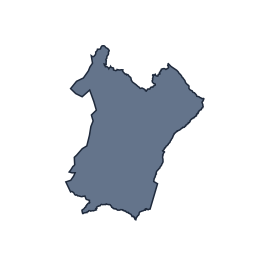 outline of Nogoonnuur, Bayan-Ölgiy, Mongolia, rotated 62°
{"feature_id": "93677404B33313948817102", "entity_name": "Nogoonnuur", "entity_type": "district", "adm_level": 2, "iso_a3": "MNG", "parent_name": "Mongolia", "parent_adm1": "Bayan-Ölgiy", "projection": "orthographic", "projection_center": [90.114, 49.534], "detail": "fine", "context": "isolated", "style": "filled", "palette": "slate", "viewbox_px": 256, "rotation_deg": 62, "n_neighbors": 0, "source": "geoboundaries", "source_scale": "gbopen_adm2", "svg_char_len": 5794}
<svg xmlns="http://www.w3.org/2000/svg" viewBox="0 0 256 256"><g transform="rotate(62 128 128)"><path d="M212.7,164.2L211.6,163.2L211.0,162.8L210.8,161.9L210.1,160.8L209.9,159.7L209.6,159.0L208.2,157.9L207.8,157.4L207.7,156.9L207.9,154.8L208.2,153.5L208.2,152.4L208.5,151.5L208.8,151.1L208.6,150.6L207.7,150.9L207.6,150.5L207.9,149.6L208.3,149.5L208.7,149.1L209.6,148.7L209.5,148.4L209.7,147.2L210.0,146.6L191.1,128.1L187.3,130.4L184.8,128.5L184.3,127.4L183.7,127.0L183.3,126.4L182.3,125.6L181.9,124.5L181.2,124.6L180.7,124.0L180.0,123.4L179.5,122.6L179.2,121.5L178.9,121.0L178.9,120.5L178.3,119.5L178.3,118.7L177.6,118.1L176.6,115.9L175.5,114.7L175.3,114.2L174.4,113.0L171.8,111.7L170.6,111.5L169.3,110.7L168.7,110.0L168.1,110.1L167.6,109.1L167.0,108.6L166.3,107.0L166.1,107.0L165.2,107.9L164.4,108.1L164.0,106.3L163.5,105.9L163.0,105.3L162.9,105.1L163.1,105.0L163.1,104.7L162.4,103.3L162.0,103.0L161.9,101.7L161.6,101.1L161.5,100.3L160.9,99.8L160.4,97.8L159.2,96.5L158.8,95.4L158.3,94.9L157.5,93.3L156.8,92.6L156.4,92.0L155.8,91.5L155.3,90.3L154.8,90.1L154.5,89.6L154.6,88.9L154.0,86.9L154.1,86.2L153.6,85.8L153.8,85.4L153.8,85.1L154.0,84.6L153.9,84.1L154.0,83.6L153.9,82.1L153.5,81.3L153.5,79.8L153.1,79.4L153.2,79.1L153.6,78.6L153.8,77.9L153.5,77.2L153.2,76.8L153.4,76.3L152.6,75.4L152.8,74.8L152.4,74.1L152.4,72.9L151.6,72.2L152.0,71.7L151.9,71.0L151.6,70.7L151.3,70.0L150.6,69.7L150.6,69.3L150.1,68.5L150.1,68.0L149.8,66.8L150.0,66.4L149.8,66.1L149.7,65.7L149.7,65.4L150.0,65.1L149.8,64.6L149.4,64.1L149.5,63.1L149.2,62.5L149.4,62.0L149.0,61.8L148.7,61.2L148.1,61.1L148.1,60.6L147.8,60.2L148.1,59.8L148.1,59.6L147.8,59.0L147.0,58.8L147.0,58.0L146.1,56.9L146.2,56.4L145.9,55.1L146.2,54.8L146.2,54.6L145.6,54.2L145.0,53.3L145.0,52.9L145.2,52.6L144.4,51.6L143.5,51.6L143.1,51.1L142.6,51.0L140.1,50.6L139.7,50.1L139.3,48.9L138.9,48.7L138.5,47.9L137.6,47.3L137.2,47.7L136.9,48.9L136.2,49.1L135.9,49.4L135.3,49.7L134.8,50.3L134.0,50.5L133.3,51.1L132.3,52.4L131.2,52.1L129.1,52.5L128.9,52.7L128.1,52.8L126.9,53.9L125.3,53.9L123.8,55.1L122.6,55.5L121.6,55.6L119.7,54.5L119.1,54.5L117.8,55.0L117.6,55.2L115.0,55.9L112.7,55.5L110.7,55.9L110.0,55.8L108.8,56.4L107.6,56.3L105.2,56.6L104.0,57.2L102.0,57.3L99.9,57.9L93.9,61.1L89.5,62.4L90.0,62.4L90.6,62.7L91.6,63.7L92.5,63.4L93.7,63.8L94.0,65.0L93.9,65.7L94.1,65.9L94.1,67.1L93.7,67.4L93.1,67.5L92.4,68.3L92.1,69.3L92.2,69.6L91.9,69.9L91.8,71.1L92.7,71.6L92.8,72.4L93.3,72.6L93.7,74.1L94.7,74.2L95.3,74.5L95.3,74.8L94.8,75.5L94.9,76.0L95.2,76.5L96.1,77.1L96.1,77.4L95.4,78.5L95.1,78.7L94.4,78.8L93.3,78.7L93.3,79.0L93.7,80.0L93.6,80.5L92.7,80.8L92.7,81.2L93.2,81.6L94.4,81.6L96.0,83.2L96.4,83.2L97.4,83.9L97.5,84.4L98.7,84.9L101.0,84.4L101.5,83.5L102.4,83.5L103.0,84.0L102.9,85.9L103.6,86.8L103.5,87.1L103.0,87.5L103.1,88.1L102.8,88.6L102.8,89.0L103.4,89.9L103.7,90.1L103.8,90.6L102.9,92.0L102.9,92.5L103.0,92.8L103.3,92.9L103.6,93.9L104.0,94.5L103.3,95.1L102.5,94.9L101.1,95.5L99.2,96.9L99.2,97.4L99.0,98.2L98.7,98.7L97.2,99.0L96.0,99.7L93.4,100.6L89.7,102.4L88.7,102.6L87.9,102.5L87.2,102.7L86.8,102.4L84.9,101.9L84.1,102.1L83.3,102.6L80.9,103.0L80.2,103.9L80.4,104.3L79.6,104.6L79.3,104.5L79.0,105.2L78.5,105.4L75.3,106.1L74.3,105.2L73.6,106.2L72.7,108.5L71.2,110.2L71.7,110.6L71.8,111.0L71.4,112.2L70.8,112.6L70.1,113.5L69.8,113.6L69.1,113.0L68.2,112.7L66.7,114.3L65.4,114.4L65.7,114.7L66.0,115.3L66.1,116.0L66.7,117.1L65.8,117.0L65.4,117.3L64.4,117.5L63.5,118.5L63.3,119.2L62.1,118.9L61.6,119.3L60.3,119.0L61.7,117.5L59.9,116.6L58.3,115.5L57.5,115.6L56.7,114.6L56.6,114.1L54.9,113.0L54.6,112.6L54.4,112.0L53.9,110.9L52.7,110.0L51.7,109.7L51.5,109.0L50.9,108.3L50.3,108.2L49.9,108.4L49.2,108.3L48.8,108.7L48.2,108.7L46.7,109.8L45.0,110.1L44.1,110.6L43.4,112.0L43.3,112.6L43.5,113.0L43.9,113.8L45.2,115.1L45.2,115.8L44.7,116.6L44.7,117.2L44.1,118.0L45.2,119.0L45.8,120.9L46.8,121.3L47.9,122.3L48.1,122.6L48.2,123.3L48.8,124.5L48.6,125.3L48.3,125.8L46.9,126.5L54.1,128.9L56.3,133.0L59.0,136.2L62.9,143.9L62.6,151.5L66.3,160.2L73.1,158.0L78.9,153.8L76.5,144.0L88.9,145.8L97.4,147.6L99.3,154.2L105.4,155.5L109.3,160.1L116.4,165.5L124.5,172.8L124.8,178.1L127.9,186.2L128.7,189.2L135.4,192.3L136.0,193.7L136.1,194.7L138.1,198.1L139.2,200.6L141.3,198.5L142.7,195.7L144.9,198.5L147.3,203.1L146.4,208.2L157.5,208.7L157.5,207.8L157.9,207.2L159.7,206.3L161.7,206.3L162.6,205.9L162.8,205.4L162.8,205.0L163.0,204.7L164.3,204.3L164.8,203.4L166.7,201.5L166.9,201.1L167.1,200.8L167.1,199.8L167.4,199.5L167.9,198.0L170.7,198.4L171.5,198.3L173.8,196.0L174.5,196.6L175.7,196.7L176.0,197.0L176.1,197.6L175.7,198.0L176.0,199.3L176.3,199.8L176.4,200.4L176.9,200.9L177.1,201.8L178.0,202.5L177.9,203.4L178.6,204.6L178.9,207.2L179.8,207.6L181.2,207.9L181.5,208.1L182.3,208.1L182.5,207.5L182.3,206.5L182.9,205.2L182.9,204.6L183.4,204.0L182.9,203.4L183.1,202.5L183.1,202.2L182.6,201.4L183.1,200.4L183.8,200.1L184.3,198.2L185.0,197.2L184.9,196.8L185.2,195.8L185.1,195.3L185.4,194.8L185.4,194.4L184.9,194.5L184.6,194.2L184.1,194.2L184.3,193.2L183.2,192.9L183.0,191.4L183.2,190.9L183.1,190.2L183.6,189.4L182.9,187.8L182.9,187.4L183.6,186.7L184.5,184.7L185.0,184.0L185.1,183.8L184.8,183.2L184.9,182.7L185.5,182.5L185.8,181.9L186.5,181.2L186.8,180.4L187.5,179.7L188.2,179.8L189.1,179.4L190.3,179.6L190.9,179.1L192.0,178.8L192.2,178.4L192.8,178.3L193.3,177.4L193.7,177.0L193.6,176.8L193.7,176.6L195.5,175.9L195.7,175.6L196.5,174.2L196.6,173.5L196.8,173.0L196.7,172.5L197.2,172.1L197.5,171.3L197.9,171.0L198.3,171.2L198.6,171.0L198.8,170.5L199.3,170.4L199.7,170.1L199.8,169.5L200.3,169.1L200.7,169.2L202.1,168.5L202.6,167.4L203.3,167.5L203.4,167.2L203.8,167.2L205.6,165.9L206.3,165.8L207.1,166.0L208.1,165.9L208.1,165.4L208.3,164.9L209.1,164.9L209.4,164.4L209.9,164.2L210.2,164.5L211.5,164.7L212.2,164.6L212.7,164.2Z" fill="#64748b" stroke="#1e293b" stroke-width="1.5"/></g></svg>